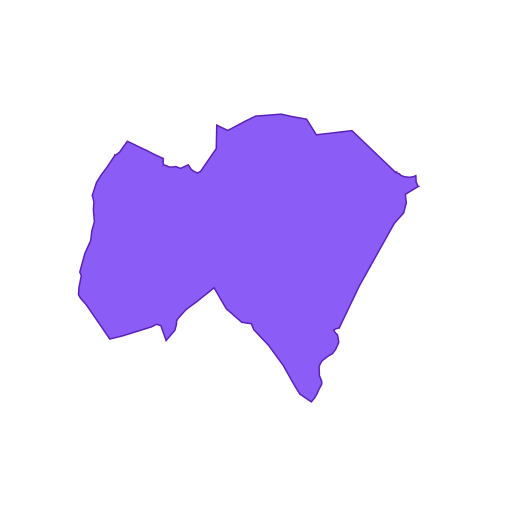 outline of La Clery, Castries, Saint Lucia, rotated 67°
{"feature_id": "8701671B59116812435541", "entity_name": "La Clery", "entity_type": "district", "adm_level": 2, "iso_a3": "LCA", "parent_name": "Saint Lucia", "parent_adm1": "Castries", "projection": "robinson", "projection_center": [-60.984, 14.019], "detail": "fine", "context": "isolated", "style": "filled", "palette": "violet", "viewbox_px": 512, "rotation_deg": 67, "n_neighbors": 0, "source": "geoboundaries", "source_scale": "gbopen_adm2", "svg_char_len": 1711}
<svg xmlns="http://www.w3.org/2000/svg" viewBox="0 0 512 512"><g transform="rotate(67 256 256)"><path d="M298.7,371.8L292.7,359.7L288.1,356.1L285.9,355.0L285.1,354.8L283.0,352.1L277.9,341.1L274.9,328.4L272.2,318.8L268.9,307.0L292.9,304.0L311.5,295.0L316.5,286.8L323.0,286.8L343.0,279.4L367.3,273.7L388.8,271.3L400.2,269.6L411.9,262.1L409.4,257.4L406.8,253.8L403.5,250.3L399.6,245.5L396.7,244.4L390.7,244.4L388.7,243.5L382.4,241.1L379.9,238.4L378.3,236.1L376.5,229.5L375.7,223.6L373.1,219.2L367.9,213.6L363.3,212.4L360.7,211.8L357.3,213.0L354.5,213.5L354.3,210.6L354.5,209.3L354.5,208.2L354.9,207.7L323.6,172.2L283.3,120.2L280.0,115.9L274.0,103.2L267.9,98.5L266.2,97.0L258.8,94.8L257.6,94.3L255.9,83.1L255.4,79.3L255.1,79.8L253.8,79.6L250.5,79.7L245.7,77.9L244.5,77.5L244.5,80.1L243.6,83.8L241.1,88.3L238.6,91.0L236.4,91.9L233.9,94.7L233.5,94.1L233.3,95.0L178.1,118.7L168.0,153.1L149.8,156.0L141.7,168.4L135.3,177.3L135.0,178.1L132.0,187.2L127.1,201.6L127.7,213.4L129.4,233.0L120.2,241.0L141.6,250.6L153.5,269.3L156.6,274.2L156.6,274.8L156.6,277.6L156.2,277.9L153.8,280.1L153.4,280.4L150.9,281.8L145.6,282.7L145.9,291.2L142.7,294.5L142.3,294.9L142.0,296.1L141.3,298.8L140.2,301.0L137.0,304.1L135.9,305.6L133.6,304.9L132.8,304.5L130.5,303.6L130.0,303.3L124.3,308.5L122.2,310.4L116.0,315.5L112.3,318.9L100.1,329.6L107.1,341.0L108.4,346.0L107.8,346.4L108.4,346.8L115.9,358.2L120.9,366.8L125.9,374.0L136.6,383.3L137.7,383.1L143.2,384.2L149.8,387.6L161.2,391.3L168.7,397.3L177.2,402.1L186.7,412.5L202.0,424.5L205.9,424.5L215.7,431.2L222.2,434.5L226.0,434.1L235.0,431.2L275.3,423.0L277.4,410.0L280.4,380.1L280.0,374.2L283.0,370.8L292.0,371.3L298.7,371.8Z" fill="#8b5cf6" stroke="#5b21b6" stroke-width="1.5"/></g></svg>